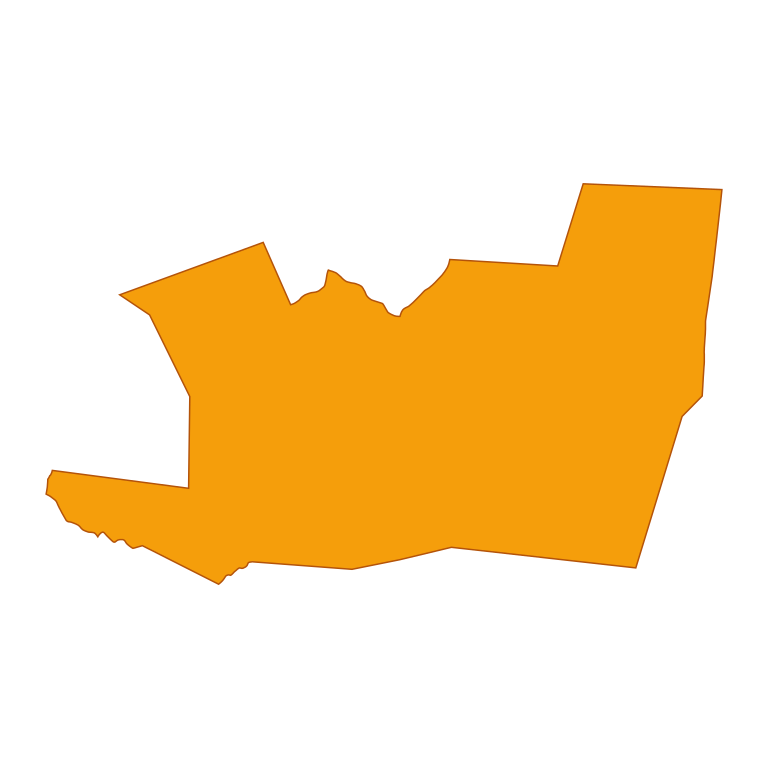 San Nicolas, Copán, Honduras (Equal Earth projection)
{"feature_id": "27666195B43744954115993", "entity_name": "San Nicolas", "entity_type": "district", "adm_level": 2, "iso_a3": "HND", "parent_name": "Honduras", "parent_adm1": "Copán", "projection": "equal_earth", "projection_center": [-88.778, 15.002], "detail": "fine", "context": "isolated", "style": "filled", "palette": "amber", "viewbox_px": 768, "rotation_deg": 0, "n_neighbors": 0, "source": "geoboundaries", "source_scale": "gbopen_adm2", "svg_char_len": 5979}
<svg xmlns="http://www.w3.org/2000/svg" viewBox="0 0 768 768"><path d="M52.3,470.4L51.8,472.4L50.6,475.0L49.7,475.8L49.1,477.2L48.4,478.4L47.8,479.2L47.7,481.8L47.6,483.1L47.4,485.8L47.3,487.1L47.0,489.1L46.7,490.9L46.4,492.6L46.1,494.1L47.6,494.9L49.0,495.6L50.0,496.2L50.6,496.6L53.6,498.9L55.1,500.1L55.5,500.4L55.7,500.7L56.0,501.1L56.3,501.5L56.5,501.8L56.7,502.3L57.0,502.8L57.6,504.3L58.2,505.6L58.8,506.8L59.4,508.1L60.1,509.3L62.0,513.0L64.0,516.5L66.1,520.2L66.3,520.5L66.7,520.8L66.9,521.0L67.2,521.2L67.5,521.4L67.8,521.5L68.2,521.7L68.7,521.8L69.7,521.9L70.3,522.0L71.2,522.2L72.1,522.5L72.6,522.7L74.2,523.3L75.7,523.9L77.3,524.7L77.8,524.9L78.3,525.3L78.8,525.7L79.4,526.1L79.7,526.5L80.1,526.9L80.9,528.0L81.2,528.2L81.7,528.8L82.2,529.2L82.7,529.7L83.3,530.0L83.8,530.3L84.7,530.7L85.3,531.0L86.2,531.3L87.0,531.6L87.8,531.9L88.6,532.1L89.1,532.2L89.7,532.2L91.2,532.3L92.3,532.4L92.8,532.5L93.6,532.7L93.9,532.7L94.4,532.9L94.6,533.1L95.0,533.4L95.4,533.7L95.9,534.3L96.4,534.8L96.9,535.5L97.3,536.1L97.8,536.8L98.1,536.2L98.4,535.8L98.9,535.1L99.4,534.4L99.8,534.0L100.3,533.6L100.7,533.2L101.0,532.9L101.5,532.6L101.9,532.4L102.3,532.2L102.5,532.2L102.8,532.1L103.1,532.2L103.4,532.3L103.6,532.4L103.8,532.5L104.0,532.6L104.7,533.3L105.2,533.9L106.6,535.5L107.5,536.4L108.0,536.9L110.2,539.1L112.1,540.9L112.5,541.2L112.8,541.5L113.2,541.8L113.4,541.9L113.6,542.0L114.0,542.1L114.4,542.1L114.7,542.1L115.1,542.0L115.3,541.8L115.5,541.7L116.4,541.0L116.6,540.8L117.1,540.5L117.6,540.2L118.2,540.0L118.7,539.8L119.0,539.8L119.7,539.6L120.0,539.6L120.9,539.6L121.5,539.6L122.8,539.6L123.1,539.7L123.4,539.8L123.8,540.0L124.1,540.2L124.4,540.4L124.7,540.7L124.9,540.9L125.0,541.1L125.6,542.0L125.8,542.4L126.2,542.9L126.4,543.3L126.9,543.8L127.6,544.5L128.7,545.4L129.3,545.9L130.5,546.8L131.7,547.6L132.3,548.0L132.7,548.2L132.8,548.2L133.0,548.3L133.2,548.2L134.4,548.0L138.8,546.7L142.4,545.7L218.6,584.2L219.5,583.5L220.7,582.5L221.5,581.7L222.2,581.0L222.5,580.7L222.9,580.2L223.4,579.6L224.1,578.6L224.7,577.7L225.4,576.6L225.6,576.3L225.8,576.1L226.0,575.9L226.4,575.6L226.5,575.5L227.3,575.2L227.9,575.0L228.2,574.9L228.6,574.9L229.1,575.0L229.4,575.0L230.0,575.2L230.3,575.3L230.6,575.2L230.8,575.2L231.1,575.0L231.4,574.8L232.0,574.3L233.1,573.2L233.8,572.4L234.6,571.6L236.1,570.4L237.5,569.1L238.0,568.8L238.6,568.3L238.9,568.2L239.3,568.0L239.6,568.0L239.8,567.9L240.2,568.0L240.9,568.2L241.4,568.3L241.9,568.3L242.5,568.3L242.8,568.2L243.0,568.2L243.7,567.9L244.2,567.6L244.9,567.3L245.6,566.9L246.0,566.6L246.2,566.4L246.5,566.1L246.8,565.8L247.1,565.4L247.4,564.8L247.6,564.4L247.7,563.9L247.9,563.5L248.1,563.2L248.3,562.8L248.6,562.6L248.8,562.5L249.0,562.4L249.5,562.2L250.0,562.1L251.0,562.0L252.1,561.8L252.8,561.8L253.6,561.9L352.0,569.3L399.8,559.7L451.4,547.3L635.8,567.9L682.1,416.4L702.2,396.0L702.8,386.1L703.3,376.8L703.5,374.0L703.9,367.7L704.2,364.1L704.3,361.9L704.3,359.5L704.3,358.3L704.3,357.1L704.3,354.2L704.2,352.7L704.2,351.1L704.3,349.6L704.3,348.1L704.4,346.6L704.6,343.5L705.0,337.6L705.3,334.0L705.4,330.9L705.5,329.2L705.5,327.4L705.5,325.7L705.5,322.8L705.5,321.6L705.6,320.3L705.8,319.0L706.1,317.0L707.0,311.1L707.6,307.2L711.8,278.9L712.0,277.6L712.2,276.2L712.7,271.5L714.0,260.9L715.4,248.4L716.3,240.9L720.4,204.4L721.8,190.8L721.9,189.6L583.2,183.8L557.7,266.0L449.8,259.5L449.6,260.5L449.4,261.4L449.2,262.2L448.9,263.5L448.5,264.7L448.2,265.5L447.8,266.4L447.5,267.2L447.2,267.7L446.8,268.4L445.6,270.3L444.4,272.1L443.4,273.3L442.8,274.2L442.0,275.2L440.4,276.9L437.9,279.5L434.9,282.7L433.1,284.4L432.5,285.0L430.2,286.9L429.7,287.4L429.1,287.8L428.5,288.3L427.9,288.6L427.3,289.0L426.2,289.6L425.8,289.9L425.3,290.2L424.8,290.5L424.5,290.8L424.2,291.1L423.1,292.2L420.9,294.6L416.4,299.2L413.9,301.7L413.2,302.4L412.4,303.1L410.7,304.6L408.9,306.1L408.4,306.5L408.0,306.7L407.5,306.9L406.5,307.4L405.6,307.8L405.3,308.0L404.2,308.6L403.9,308.9L403.4,309.3L403.1,309.6L402.7,310.0L402.3,310.7L401.8,311.5L401.4,312.2L401.2,312.8L401.0,313.3L400.6,314.4L400.2,315.6L400.0,316.4L398.7,316.4L397.3,316.3L396.2,316.2L395.4,316.0L395.0,315.9L394.2,315.7L393.8,315.5L391.3,314.4L390.2,313.8L389.3,313.3L388.9,313.0L388.2,312.6L388.0,312.4L387.8,312.1L387.3,311.4L386.5,310.0L385.6,308.5L384.2,306.0L383.8,305.3L383.4,304.7L383.1,304.2L382.7,303.8L382.5,303.6L382.4,303.5L382.1,303.4L381.3,303.1L375.0,301.1L372.3,300.2L371.6,299.9L371.0,299.6L370.4,299.2L369.9,298.8L369.3,298.4L368.4,297.6L367.9,297.1L367.6,296.8L367.2,296.3L366.7,295.7L366.5,295.4L366.3,295.0L366.0,294.4L365.8,293.9L365.5,293.1L365.2,292.5L365.0,291.9L364.7,291.3L363.8,289.8L363.2,288.6L362.5,287.6L362.3,287.3L362.1,287.0L361.8,286.7L361.5,286.4L361.1,286.1L360.7,285.9L360.2,285.6L359.7,285.3L358.7,284.8L357.5,284.4L355.7,283.7L354.9,283.5L354.1,283.3L352.1,283.0L351.0,282.8L349.9,282.5L348.2,282.1L346.9,281.7L346.4,281.5L345.7,281.1L345.2,280.8L344.6,280.3L343.6,279.6L343.1,279.1L342.2,278.3L340.8,276.8L340.2,276.3L339.6,275.8L338.7,275.0L336.8,273.4L336.2,273.0L335.9,272.8L335.2,272.5L334.4,272.2L333.2,271.7L332.1,271.3L331.0,271.0L329.6,270.6L329.2,270.4L328.7,270.1L328.3,270.1L328.2,270.3L328.0,270.7L327.9,271.1L327.6,272.0L327.3,273.2L327.1,273.9L326.9,275.0L326.3,278.7L326.0,280.4L325.4,282.9L325.3,283.4L325.1,284.1L325.0,284.5L324.8,285.2L324.6,285.7L324.4,286.0L324.3,286.3L324.1,286.6L323.8,286.9L323.5,287.2L322.6,287.9L322.0,288.4L319.6,290.3L319.2,290.6L318.7,290.9L318.2,291.2L317.6,291.4L316.6,291.8L315.9,292.0L315.4,292.1L314.3,292.3L312.8,292.5L312.0,292.6L311.3,292.7L310.2,293.0L308.6,293.5L307.2,294.0L305.7,294.6L304.8,295.0L304.2,295.4L303.3,296.0L302.5,296.6L302.0,297.0L301.7,297.2L301.2,297.7L300.7,298.3L300.2,298.9L299.9,299.3L299.5,299.8L298.9,300.3L298.3,300.8L295.7,302.6L295.3,302.8L294.7,303.2L294.1,303.5L293.7,303.7L293.2,303.9L292.3,304.2L291.3,304.5L290.6,304.7L263.2,242.4L119.7,294.8L149.6,314.9L189.8,396.6L188.6,488.3L52.3,470.4Z" fill="#f59e0b" stroke="#b45309" stroke-width="1.5"/></svg>